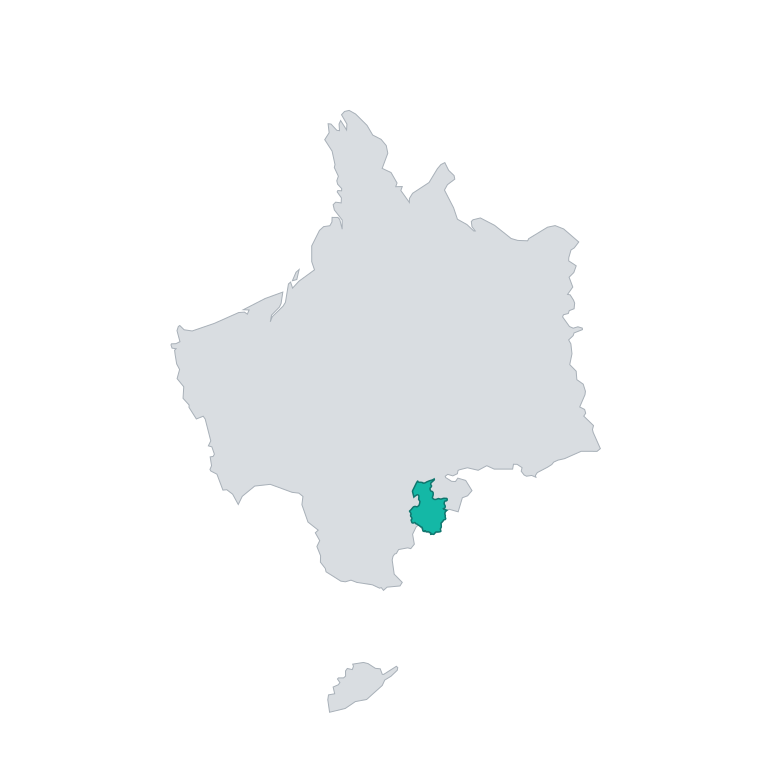 France, with Savoie highlighted, rotated 53°
{"feature_id": "FRA-5341", "entity_name": "Savoie", "entity_type": "Metropolitan department", "adm_level": 1, "iso_a3": "FRA", "parent_name": "France", "parent_adm1": "", "projection": "albers", "projection_center": [6.338, 45.496], "detail": "fine", "context": "in_parent", "style": "filled", "palette": "teal", "viewbox_px": 768, "rotation_deg": 53, "n_neighbors": 0, "source": "natural_earth", "source_scale": "10m", "svg_char_len": 6294}
<svg xmlns="http://www.w3.org/2000/svg" viewBox="0 0 768 768"><g transform="rotate(53 384 384)"><path d="M549.9,318.8L545.9,321.1L543.4,325.7L540.9,326.9L536.2,326.9L533.9,324.1L528.3,326.0L526.0,328.9L529.4,332.5L518.3,347.2L511.1,351.1L509.6,360.7L501.1,367.8L497.9,375.4L497.6,376.9L499.8,379.4L498.8,384.3L494.5,387.5L494.5,390.6L495.7,391.1L502.4,388.6L504.9,385.6L503.6,381.7L510.2,376.8L522.1,377.9L523.6,384.5L522.0,389.9L530.7,401.7L523.3,407.3L522.8,411.0L530.6,422.8L535.5,427.7L533.0,435.7L524.8,441.0L519.5,440.6L517.3,441.9L517.5,444.4L521.2,451.6L530.2,456.2L531.6,461.7L529.1,463.7L525.0,472.0L526.8,476.1L526.2,477.9L527.1,480.6L529.5,483.4L542.0,490.3L553.4,488.8L554.9,492.8L548.1,503.8L548.5,508.6L545.0,508.7L544.4,510.4L537.4,514.1L526.1,525.1L520.8,528.4L518.7,533.9L515.5,537.1L499.1,543.3L496.0,541.9L488.0,542.0L483.0,538.0L473.4,535.4L470.4,529.6L461.5,528.4L461.1,524.5L448.5,527.8L431.0,522.2L425.0,516.4L419.9,517.7L415.2,522.6L395.7,535.2L387.7,548.7L388.4,564.8L392.5,572.9L380.9,571.2L373.8,573.2L371.8,576.5L355.5,571.7L349.2,574.7L347.5,574.4L345.5,570.9L337.6,566.7L339.0,564.1L338.0,561.7L330.6,559.3L327.7,561.5L325.2,556.6L304.4,547.9L300.9,547.8L299.0,554.9L285.3,553.8L283.5,552.3L274.5,553.1L265.7,545.6L255.2,546.0L249.4,538.5L243.2,537.5L234.8,533.1L231.0,530.9L230.7,528.8L227.8,531.7L224.6,530.6L224.0,529.6L226.5,526.0L227.4,521.5L216.8,517.2L214.3,513.6L214.4,511.9L220.4,511.0L226.2,505.3L233.4,483.3L239.5,457.0L242.6,452.2L246.0,451.1L243.7,447.2L240.0,451.7L244.2,427.4L249.7,409.5L257.8,417.8L259.6,421.2L261.3,432.4L265.9,437.4L263.0,432.7L261.1,417.8L259.5,413.6L246.6,400.1L246.4,397.3L252.4,399.3L250.7,390.0L251.0,370.8L242.8,368.1L230.2,358.6L222.5,343.1L222.0,337.5L225.0,332.0L223.3,328.1L219.7,325.2L223.2,320.6L225.9,320.3L235.2,324.2L227.9,318.7L215.1,318.9L210.2,316.7L209.7,313.2L213.6,309.2L209.7,306.0L202.4,305.8L201.7,304.5L204.2,301.6L202.5,300.2L196.5,300.8L193.3,299.4L190.6,295.4L181.2,293.4L179.3,291.1L166.8,285.3L153.2,284.3L150.3,276.6L142.5,272.0L144.5,269.9L153.0,269.0L154.9,267.1L149.3,263.4L147.5,260.1L158.6,261.0L154.1,257.2L143.4,255.9L142.6,251.5L144.5,247.2L151.3,244.2L167.2,241.9L178.4,243.2L186.9,239.1L194.9,238.7L202.0,242.1L210.7,255.7L219.4,251.1L231.3,252.6L233.5,255.9L237.3,250.6L239.6,254.1L254.3,254.5L251.1,252.0L248.9,246.4L250.2,226.8L244.2,211.8L243.0,206.5L243.8,202.2L252.3,203.8L259.7,202.6L263.0,204.2L263.0,213.4L265.5,219.0L285.2,222.4L296.6,226.2L306.6,221.8L315.9,220.2L316.7,219.0L311.4,219.1L306.8,216.5L306.4,214.1L309.4,207.1L323.8,200.2L344.3,194.9L349.8,190.8L356.1,183.1L355.0,180.9L357.2,159.0L360.5,152.0L368.3,147.2L387.8,143.0L389.8,150.1L389.5,154.0L394.3,160.4L396.8,162.4L405.3,159.4L409.2,165.3L410.1,171.9L420.2,174.9L422.9,183.5L424.8,181.7L431.2,182.2L434.2,183.1L438.3,186.9L436.9,191.9L438.6,194.4L436.7,199.0L437.9,201.0L449.7,201.3L453.3,199.3L455.0,194.7L458.7,192.0L460.0,192.8L457.6,201.5L459.2,203.8L459.9,210.0L464.4,210.6L473.0,215.7L480.3,224.0L489.4,222.8L496.6,227.4L504.0,225.0L511.0,227.5L513.5,229.9L520.1,241.5L525.1,239.1L528.7,240.5L529.9,243.8L543.3,241.7L545.8,244.9L548.6,246.1L565.8,250.1L566.0,254.4L556.4,267.0L552.3,284.7L549.5,290.9L548.5,295.5L549.3,298.5L548.9,303.3L547.0,314.9L548.2,318.2L549.9,318.8ZM621.6,554.3L620.9,561.6L623.7,566.8L625.5,587.7L620.4,598.0L619.8,610.2L613.4,625.0L602.3,618.9L598.9,615.4L601.7,609.8L595.4,607.0L596.7,601.5L595.9,598.9L591.6,598.7L591.3,597.3L594.4,593.1L594.2,590.5L590.0,587.4L589.1,584.5L593.0,581.2L591.1,578.3L588.9,577.6L594.0,568.0L597.7,565.0L605.9,562.0L609.2,558.4L614.8,560.1L615.7,559.1L616.9,544.0L618.8,543.7L620.6,545.7L621.6,554.3ZM248.1,390.8L246.4,395.0L241.8,387.0L241.5,382.9L248.1,390.8Z" fill="#d9dde1" stroke="#a8b0b8" stroke-width="1"/><path d="M532.8,424.5L533.0,424.9L533.3,425.5L533.5,426.0L534.0,426.4L535.5,427.0L535.8,427.2L535.8,427.9L535.5,428.6L534.7,429.9L533.6,431.3L533.5,431.6L533.6,433.0L534.0,434.0L534.0,434.8L533.1,435.6L532.4,436.8L532.2,437.1L531.6,436.5L531.3,436.3L530.1,436.7L528.8,437.3L528.4,437.7L527.8,438.8L527.3,439.3L527.0,439.3L526.1,439.3L525.9,439.5L525.7,439.9L525.8,440.2L526.0,440.4L526.0,440.7L524.8,441.3L523.6,440.8L522.3,440.1L521.1,439.9L520.8,440.1L520.2,440.6L519.9,440.7L519.6,440.8L519.0,440.8L518.7,440.8L517.4,441.5L516.2,441.7L514.9,442.6L514.5,442.6L513.5,442.6L513.2,442.8L513.0,443.0L513.0,443.4L512.9,443.8L512.7,444.2L512.1,444.9L511.7,445.1L511.4,445.1L509.1,444.3L508.9,444.0L508.7,443.7L508.6,443.0L508.3,442.7L507.8,442.4L506.9,442.2L506.1,442.3L505.5,442.2L505.2,442.0L504.6,441.6L504.3,440.7L503.2,440.3L501.3,440.2L500.9,440.1L500.8,439.7L500.7,438.2L499.9,434.8L500.0,433.9L500.4,433.0L501.0,432.3L501.5,432.0L502.0,431.4L502.1,430.3L501.9,429.0L501.2,427.9L499.7,426.2L499.4,426.0L496.9,425.7L494.8,423.8L494.2,423.5L493.6,423.4L493.0,423.6L492.4,424.1L492.3,424.7L492.2,427.3L492.3,428.2L486.9,425.9L486.4,425.3L482.3,417.2L481.6,415.1L482.2,415.7L483.0,415.6L483.6,415.1L484.8,413.6L485.5,412.9L486.2,412.5L486.3,412.5L486.3,412.4L486.5,412.4L486.8,412.3L486.8,412.2L487.0,412.1L487.1,411.9L487.3,411.7L487.4,411.4L487.5,411.1L487.6,410.9L487.6,410.7L487.7,410.4L487.7,410.2L487.8,410.0L487.8,409.9L487.8,409.6L487.9,409.4L487.9,409.2L487.9,408.9L487.9,408.7L488.0,408.4L488.0,408.1L488.3,407.5L488.5,406.4L489.7,403.2L490.0,401.4L490.0,401.1L490.6,401.3L490.9,401.9L491.2,405.5L491.4,406.3L491.9,406.9L492.5,407.2L493.9,407.3L494.4,407.8L494.6,408.3L494.7,409.3L494.9,409.8L495.2,410.2L495.5,410.4L496.3,410.8L497.1,410.9L498.0,410.9L498.3,410.7L498.8,410.2L499.1,410.1L500.2,410.1L501.2,410.7L502.2,411.5L503.8,413.7L504.2,413.9L505.2,413.8L506.1,413.5L506.9,412.8L507.5,411.9L508.1,409.8L508.2,409.5L509.8,408.2L510.3,407.6L511.0,405.5L511.4,404.8L513.1,402.8L513.5,402.7L513.9,402.8L514.2,403.0L514.6,403.3L514.8,403.6L514.9,403.8L514.8,404.7L514.4,405.3L514.2,405.9L514.6,406.8L515.6,407.9L516.3,408.2L517.9,408.4L519.0,409.0L519.6,410.1L519.3,411.6L520.1,411.6L522.6,409.8L522.6,410.0L523.0,412.1L523.7,413.1L524.6,413.8L525.5,414.0L526.0,414.2L526.8,415.0L527.3,415.3L528.4,415.6L528.8,415.9L529.0,416.6L529.0,416.9L528.6,417.8L528.5,418.2L528.6,418.6L528.9,419.2L529.1,419.6L529.3,421.6L529.5,422.3L531.1,423.2L532.7,424.3L532.8,424.5Z" fill="#14b8a6" stroke="#0f766e" stroke-width="1.5"/></g></svg>